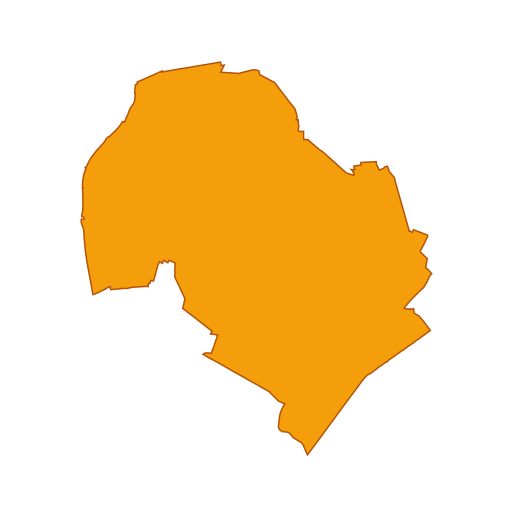 outline of Bernheze, Noord-Brabant, Netherlands, rotated 284°
{"feature_id": "6326949B36275678342581", "entity_name": "Bernheze", "entity_type": "district", "adm_level": 2, "iso_a3": "NLD", "parent_name": "Netherlands", "parent_adm1": "Noord-Brabant", "projection": "albers", "projection_center": [5.507, 51.684], "detail": "fine", "context": "isolated", "style": "filled", "palette": "amber", "viewbox_px": 512, "rotation_deg": 284, "n_neighbors": 0, "source": "geoboundaries", "source_scale": "gbopen_adm2", "svg_char_len": 5732}
<svg xmlns="http://www.w3.org/2000/svg" viewBox="0 0 512 512"><g transform="rotate(284 256 256)"><path d="M145.2,238.0L140.9,253.6L138.2,262.9L138.2,263.1L136.8,268.2L133.4,280.5L127.4,302.3L127.1,302.2L123.2,308.7L123.1,308.9L120.8,312.6L120.5,314.2L120.2,316.0L119.9,317.6L119.6,319.7L116.7,318.8L115.8,318.6L114.2,318.2L112.6,317.9L111.2,317.8L110.1,317.7L108.2,317.6L106.3,317.7L105.1,317.8L97.2,318.8L96.5,318.9L95.9,319.0L95.3,319.3L94.9,319.5L94.2,319.9L93.6,320.5L93.2,320.9L93.0,321.3L92.7,321.8L92.4,322.5L92.2,323.2L92.1,324.1L92.1,324.8L92.1,325.3L92.2,325.9L92.5,327.2L92.7,328.5L92.6,329.3L92.5,330.0L92.4,330.7L92.1,331.3L91.8,332.0L91.4,332.6L89.5,335.0L89.2,335.4L88.7,336.2L88.3,337.4L86.3,343.8L85.9,344.9L85.7,345.2L85.2,346.1L84.2,347.3L75.5,354.0L88.3,359.4L137.0,379.4L144.4,382.5L151.4,385.5L160.6,389.2L162.2,389.9L165.9,391.9L167.9,393.4L168.5,394.2L169.4,394.9L170.0,395.7L171.0,396.8L172.1,397.4L173.2,398.4L178.1,402.2L179.9,403.9L184.5,407.9L184.5,408.1L184.7,408.5L184.9,408.8L185.1,408.9L185.7,409.2L186.2,409.3L188.0,410.7L189.5,412.1L193.7,415.6L193.9,415.8L195.5,417.2L197.2,418.7L197.3,418.6L200.5,421.8L204.3,424.8L211.1,430.8L212.0,431.3L214.3,433.4L215.0,434.0L225.9,443.2L232.7,435.0L237.3,428.7L238.0,425.8L239.0,423.2L241.8,422.1L243.1,421.6L242.4,420.2L241.4,418.5L241.8,418.3L241.6,418.0L241.6,417.7L241.0,413.8L241.0,413.1L241.2,412.8L241.5,412.3L243.0,413.0L248.5,415.7L253.6,418.6L262.0,423.6L263.6,424.5L265.1,425.8L266.1,426.3L270.8,427.8L272.0,428.1L277.4,429.1L278.6,429.5L279.1,429.6L280.3,430.2L281.4,430.8L282.0,429.9L284.6,425.9L284.9,425.3L285.4,424.1L285.5,423.8L285.6,423.6L285.9,423.4L294.6,422.8L294.9,422.7L295.0,422.6L297.8,417.7L299.5,414.7L299.7,414.4L300.0,414.3L300.3,414.2L300.5,414.2L307.5,416.0L316.8,417.8L317.8,417.4L319.6,402.4L316.7,402.0L317.4,399.5L317.2,399.1L317.3,398.4L317.7,398.4L321.0,396.6L321.8,396.1L336.1,387.9L336.3,387.8L347.6,381.3L353.0,378.2L362.9,372.6L363.2,372.4L364.5,372.0L364.9,371.9L365.1,371.7L365.9,370.8L366.9,369.5L367.4,368.7L369.2,366.2L369.9,365.3L370.2,365.1L371.0,364.4L374.9,361.8L374.8,361.7L374.2,360.5L373.8,359.8L373.6,359.6L373.3,359.3L373.1,359.1L372.4,358.8L371.9,358.4L371.4,357.8L369.1,355.0L373.4,351.3L374.4,350.6L375.0,350.3L375.8,350.0L376.6,349.8L372.1,335.1L371.2,335.3L369.6,335.9L367.0,329.2L364.5,330.5L364.4,330.3L363.4,330.8L362.9,327.4L362.4,328.3L362.2,328.8L361.6,329.2L360.6,330.2L360.7,330.4L358.5,331.5L358.4,331.2L357.9,331.1L358.5,323.3L366.8,307.9L368.1,305.3L372.3,297.4L372.7,296.7L373.6,294.7L373.9,293.6L374.8,291.3L375.1,290.6L379.0,282.9L381.6,278.0L380.4,274.2L383.9,273.1L384.6,273.0L386.9,272.3L388.5,272.0L387.9,270.1L387.3,268.1L387.6,267.2L387.7,266.7L392.2,266.1L392.3,266.2L394.1,265.3L396.5,264.5L398.5,263.9L397.9,262.2L400.6,262.4L403.3,261.1L406.4,259.3L406.4,259.2L408.6,257.9L412.8,252.1L428.9,232.0L432.4,217.4L433.0,215.7L433.3,215.4L435.2,214.6L435.8,214.4L436.1,214.2L436.4,213.7L436.5,213.4L436.5,211.4L436.1,208.7L435.8,207.8L429.3,195.6L429.1,195.4L428.9,194.9L428.9,194.2L428.5,192.6L428.3,191.2L426.1,179.1L425.9,177.9L426.0,177.4L430.4,178.3L430.6,178.4L433.6,179.0L432.3,176.0L435.6,174.7L420.1,139.2L420.1,138.9L411.7,120.1L412.8,120.1L400.1,103.9L396.1,98.7L394.4,99.2L394.1,99.2L393.2,97.6L392.6,97.6L391.4,97.8L391.3,98.0L390.4,97.9L386.8,98.5L385.4,98.8L384.2,99.1L384.3,99.5L381.7,100.2L380.6,100.1L379.7,100.4L378.1,100.6L376.6,100.6L374.4,100.3L373.9,100.2L370.8,98.9L369.4,98.4L368.1,98.1L366.3,97.8L359.6,97.0L359.4,96.7L357.9,96.5L355.6,96.3L354.1,95.9L354.1,93.9L353.2,93.7L351.8,93.2L349.0,92.1L347.8,91.6L346.5,90.9L345.3,90.2L342.2,88.5L340.7,87.4L339.9,86.9L337.8,85.8L337.1,85.2L336.7,84.8L336.1,84.2L335.4,83.5L335.0,83.1L334.5,82.8L334.0,82.5L333.4,82.2L332.8,82.1L331.3,81.7L330.4,81.4L329.8,81.2L323.4,77.8L319.5,75.7L316.8,74.5L314.1,73.3L311.3,72.2L309.8,71.7L308.4,71.3L307.1,71.0L304.0,70.3L301.1,69.8L301.0,69.6L300.8,69.6L300.7,68.8L299.9,69.2L300.0,70.2L299.9,70.0L299.7,69.9L298.1,69.7L296.6,69.4L295.0,69.3L293.5,69.3L292.1,69.3L289.1,69.5L286.1,69.9L284.5,70.1L282.3,70.6L280.6,71.0L280.5,71.5L280.5,71.8L280.2,71.9L280.0,71.6L279.7,71.3L270.2,74.0L264.5,75.5L262.6,76.0L260.0,76.5L257.4,76.9L255.6,77.0L253.9,77.0L253.0,77.1L252.4,77.2L252.1,77.4L252.0,77.8L252.1,78.3L251.9,79.4L251.9,79.6L250.0,80.1L250.0,79.9L249.6,78.2L249.5,77.8L249.4,77.6L249.2,77.6L248.8,77.7L248.1,77.8L247.3,78.0L246.6,78.2L246.0,78.5L245.3,78.9L244.7,79.3L242.9,80.6L241.7,81.4L240.3,82.1L239.0,82.7L237.6,83.2L232.0,84.9L230.6,85.4L226.4,86.8L225.0,87.3L219.4,89.3L215.0,91.1L211.7,92.4L209.6,93.3L179.2,107.1L179.8,108.4L181.0,109.8L181.2,110.3L187.5,117.9L187.8,117.8L191.2,121.9L191.1,122.2L188.8,122.7L188.7,122.8L188.3,123.1L188.3,123.4L188.3,123.6L189.6,127.0L189.8,127.6L190.4,129.4L192.2,134.4L192.6,135.4L192.8,136.7L193.0,137.8L193.4,138.9L194.4,140.8L195.0,142.2L195.2,142.5L195.7,143.3L195.9,143.9L196.4,145.6L198.4,152.0L198.5,152.2L200.3,157.9L200.5,158.0L200.2,158.6L203.4,158.4L203.6,159.5L206.8,159.9L206.9,162.6L212.5,162.8L216.0,162.9L223.4,163.0L227.0,163.8L226.2,166.9L229.5,167.6L228.1,172.1L231.0,172.7L230.6,174.1L230.4,174.7L229.9,178.1L229.7,179.2L229.0,179.3L226.2,179.9L223.0,180.6L220.4,181.3L219.3,181.8L219.0,181.9L218.6,181.9L217.9,182.0L217.1,181.9L216.7,182.0L216.1,182.2L215.6,182.6L200.5,194.9L197.5,197.3L197.2,197.5L196.8,197.5L196.9,197.4L187.4,197.6L184.2,204.9L183.6,206.5L173.1,229.9L172.7,231.0L172.8,231.1L172.6,231.6L172.0,231.4L170.2,230.9L169.3,230.9L169.4,231.1L169.4,231.4L169.8,234.5L170.1,237.5L170.2,237.9L154.4,236.7L154.5,236.5L150.8,236.2L150.4,233.5L149.8,230.7L149.5,230.1L149.4,230.0L148.5,228.9L147.7,228.4L145.0,238.0L145.2,238.0Z" fill="#f59e0b" stroke="#b45309" stroke-width="1.5"/></g></svg>